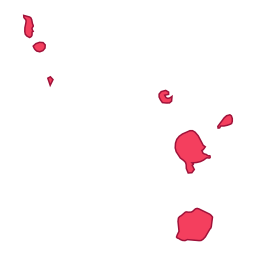 the border of Torba
{"feature_id": "VUT-560", "entity_name": "Torba", "entity_type": "Province", "adm_level": 1, "iso_a3": "VUT", "parent_name": "Vanuatu", "parent_adm1": "", "projection": "mercator", "projection_center": [167.217, -13.692], "detail": "fine", "context": "isolated", "style": "filled", "palette": "rose", "viewbox_px": 256, "rotation_deg": 0, "n_neighbors": 0, "source": "natural_earth", "source_scale": "10m", "svg_char_len": 1879}
<svg xmlns="http://www.w3.org/2000/svg" viewBox="0 0 256 256"><path d="M197.1,208.4L198.9,208.9L209.6,214.1L211.2,215.4L212.5,217.1L211.3,226.6L210.8,228.1L209.8,229.2L205.3,236.9L202.9,239.4L201.0,240.5L199.1,240.6L187.4,239.6L185.0,240.6L182.5,240.4L180.3,239.5L178.6,238.4L177.3,238.0L176.5,237.0L177.3,234.8L179.0,231.3L178.0,221.4L178.4,218.1L179.6,216.6L181.3,215.6L185.4,212.1L186.7,211.9L188.2,212.2L191.2,212.1L192.7,211.3L195.4,208.9L197.1,208.4ZM186.3,168.5L186.2,164.7L185.5,162.4L183.7,160.5L180.3,158.0L176.2,151.7L175.2,147.9L175.5,143.1L176.8,139.3L179.2,136.3L182.4,134.0L189.9,130.7L192.6,130.7L195.1,132.2L198.2,135.8L203.2,145.3L205.3,146.8L203.2,149.7L201.9,150.5L203.0,153.1L204.4,154.0L206.1,154.4L207.7,155.5L208.7,155.9L209.5,155.7L210.0,155.9L210.2,157.3L209.7,158.0L208.7,158.0L207.4,157.8L206.4,158.0L203.5,160.1L200.4,161.6L196.7,162.5L192.2,162.9L192.8,163.4L193.4,163.7L193.4,164.2L192.2,165.3L194.3,169.5L191.9,172.7L188.2,173.0L186.3,168.5ZM33.2,31.4L32.2,31.9L32.0,32.6L32.1,33.7L32.0,35.1L31.7,35.8L31.3,36.4L30.6,37.0L29.6,37.5L26.8,36.0L25.3,34.2L24.8,31.6L24.9,27.7L25.9,22.8L26.1,20.9L25.7,19.5L24.7,18.6L23.9,17.5L23.7,15.4L29.6,17.0L30.8,17.8L31.7,19.7L32.5,23.8L33.2,25.3L33.2,26.4L32.4,27.4L32.0,28.5L32.3,29.8L33.2,31.4ZM164.7,95.2L166.0,97.6L167.8,98.4L169.9,97.9L172.0,96.4L171.6,101.1L169.5,102.9L166.3,103.0L162.4,102.6L160.5,99.9L159.1,97.0L159.1,94.1L161.2,91.6L165.7,90.4L168.6,92.1L168.6,94.4L164.7,95.2ZM229.9,114.8L231.4,115.9L232.3,118.5L232.3,121.4L231.6,123.5L230.1,124.3L227.2,125.3L223.8,126.0L220.8,126.0L219.6,127.9L218.1,128.1L217.8,126.4L224.2,117.8L226.6,115.7L229.9,114.8ZM33.2,46.1L35.9,43.6L39.6,42.3L43.1,42.6L45.2,44.9L45.0,48.1L42.9,50.6L39.8,51.8L36.8,51.1L35.5,50.0L34.6,49.0L33.9,47.7L33.2,46.1ZM50.2,85.3L47.8,78.2L50.4,76.8L53.0,79.6L50.2,85.3Z" fill="#f43f5e" stroke="#9f1239" stroke-width="1.5"/></svg>